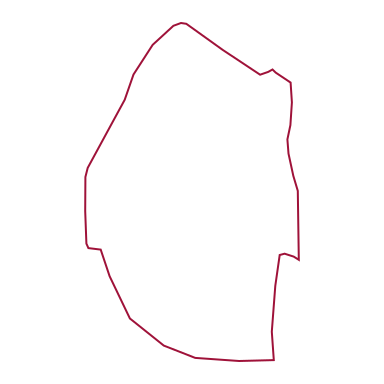 an SVG outline of eSwatini
{"feature_id": "SWZ", "entity_name": "eSwatini", "entity_type": "country or territory", "adm_level": 0, "iso_a3": "SWZ", "parent_name": "Africa", "parent_adm1": "", "projection": "equal_earth", "projection_center": [31.569, -26.526], "detail": "fine", "context": "isolated", "style": "outline", "palette": "rose", "viewbox_px": 384, "rotation_deg": 0, "n_neighbors": 0, "source": "natural_earth", "source_scale": "50m", "svg_char_len": 565}
<svg xmlns="http://www.w3.org/2000/svg" viewBox="0 0 384 384"><path d="M272.5,69.5L275.7,72.6L290.6,82.6L291.9,102.4L290.4,125.1L287.4,139.4L288.5,153.6L293.3,175.8L297.8,190.9L298.8,259.8L293.7,256.6L284.6,253.7L279.7,255.0L275.3,285.8L271.8,331.7L273.8,360.1L239.1,361.0L195.2,357.9L163.8,345.6L129.9,318.5L109.6,276.2L100.7,249.6L88.4,248.1L86.4,243.6L85.2,211.1L85.4,177.0L87.7,167.9L110.5,125.9L124.7,99.8L133.5,74.5L152.7,44.8L173.4,25.8L181.0,23.0L186.3,23.8L222.7,49.9L260.1,74.7L268.2,71.9L272.5,69.5Z" fill="none" stroke="#9f1239" stroke-width="2"/></svg>